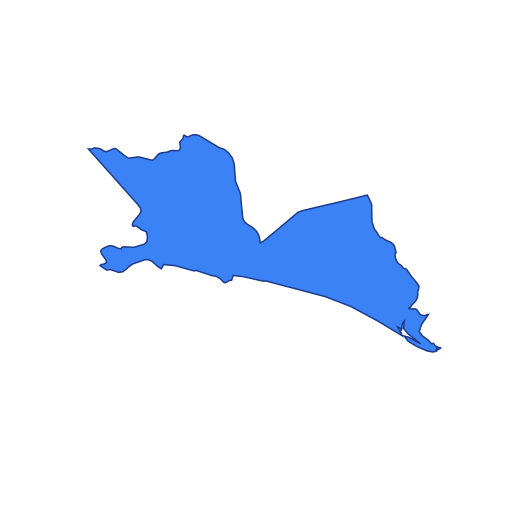 outline of Limón, rotated 139°
{"feature_id": "CRI-1329", "entity_name": "Limón", "entity_type": "Province", "adm_level": 1, "iso_a3": "CRI", "parent_name": "Costa Rica", "parent_adm1": "", "projection": "robinson", "projection_center": [-83.398, 10.004], "detail": "fine", "context": "isolated", "style": "filled", "palette": "blue", "viewbox_px": 512, "rotation_deg": 139, "n_neighbors": 0, "source": "natural_earth", "source_scale": "10m", "svg_char_len": 3749}
<svg xmlns="http://www.w3.org/2000/svg" viewBox="0 0 512 512"><g transform="rotate(139 256 256)"><path d="M351.8,350.6L350.0,349.9L342.5,342.7L332.1,338.0L328.8,338.5L325.5,341.6L323.4,344.9L323.1,346.8L325.3,351.1L326.5,356.7L327.3,357.9L328.5,358.3L329.3,358.9L329.0,360.6L326.3,362.3L316.7,363.8L313.4,365.1L311.9,367.9L311.4,371.9L311.6,388.8L311.9,413.3L312.3,446.7L312.2,446.6L310.5,445.1L309.9,444.6L307.0,443.6L304.0,440.2L303.1,438.7L301.9,435.1L301.0,433.4L300.2,432.9L299.1,432.3L292.9,430.4L292.4,430.0L291.9,429.5L291.3,428.5L291.1,427.7L289.1,416.7L288.5,414.7L288.1,413.8L287.8,413.4L287.5,413.1L287.1,412.8L280.7,408.7L280.0,408.1L278.7,406.7L271.6,396.4L270.9,396.2L269.7,396.0L265.8,396.4L263.3,396.9L262.7,396.9L261.8,396.7L260.5,396.3L257.7,394.6L256.0,393.3L255.1,392.8L251.8,391.6L250.9,391.1L250.4,390.8L250.0,390.6L246.7,387.4L245.9,386.8L245.1,386.3L244.5,386.3L243.7,386.4L242.4,387.2L241.7,387.7L241.3,388.2L239.2,391.5L238.9,391.9L238.1,392.1L234.7,392.5L233.7,392.8L233.1,393.1L232.4,393.9L232.1,394.2L231.7,394.4L231.3,394.5L230.9,394.3L230.4,392.7L230.3,392.0L230.2,391.5L229.5,390.9L228.9,390.5L224.2,388.9L222.0,387.2L221.4,386.5L219.9,384.1L213.9,365.7L213.3,363.5L212.1,360.8L211.7,360.2L211.2,359.5L210.8,358.9L209.7,356.2L209.4,353.6L209.0,351.7L209.6,345.5L212.1,339.7L222.5,325.7L226.5,314.1L228.0,311.6L233.4,304.2L241.0,293.4L242.2,289.9L241.8,286.2L239.7,279.0L239.4,274.5L240.0,270.9L241.4,267.5L243.7,263.9L244.1,263.1L240.5,262.3L221.5,261.8L195.6,261.5L190.9,259.6L173.3,250.4L162.4,244.6L154.5,240.5L132.0,229.0L134.5,219.9L135.7,218.0L137.3,216.2L145.7,206.1L146.3,205.1L148.5,199.8L149.0,198.3L149.2,197.2L149.1,196.7L149.3,194.2L149.9,191.3L150.0,189.8L150.0,188.8L149.8,188.3L149.2,187.6L148.7,186.7L148.4,185.7L147.9,183.5L145.5,178.5L145.2,177.7L144.8,174.7L144.9,173.5L145.1,172.6L145.7,171.2L146.2,170.3L147.7,167.2L148.0,166.7L148.4,166.5L148.9,166.5L149.4,166.3L149.8,166.1L150.2,165.8L150.9,164.9L152.5,162.2L153.5,157.9L153.5,156.9L153.4,156.3L152.7,154.3L152.6,153.7L152.6,153.0L152.7,151.3L152.8,150.6L152.7,150.0L152.5,149.6L152.2,149.1L151.6,148.4L151.4,147.9L151.2,147.5L151.2,146.3L152.2,137.5L152.1,135.6L152.3,129.3L152.6,127.5L152.9,126.3L153.2,125.9L153.8,125.3L155.4,124.1L157.1,123.1L157.8,122.5L159.6,120.3L162.6,118.1L164.5,117.4L165.6,117.2L170.8,116.7L172.7,116.1L173.4,116.1L174.0,116.2L174.9,116.5L175.0,116.3L175.0,116.0L174.6,115.3L174.2,114.7L173.5,114.1L172.0,113.0L171.3,112.4L170.7,111.7L170.1,110.9L170.0,110.2L169.9,109.2L170.4,105.1L170.4,104.4L170.3,103.7L169.8,102.7L169.1,101.8L168.2,100.8L167.8,100.5L167.4,100.2L166.8,99.9L164.8,99.3L164.2,98.8L176.0,95.7L182.3,92.0L182.8,86.5L181.2,79.2L181.1,74.7L179.3,73.6L179.8,70.9L179.5,69.7L179.1,69.5L177.7,65.9L176.3,65.5L178.0,65.3L179.0,65.8L179.6,65.7L180.5,66.2L180.5,66.6L180.1,67.0L180.1,67.7L180.8,67.6L181.8,66.6L181.9,65.8L182.7,66.0L185.7,67.7L189.3,72.4L193.9,81.9L197.1,91.9L196.7,98.4L194.1,94.7L189.4,81.7L192.4,98.0L192.1,104.6L186.9,109.6L189.6,109.0L191.5,107.6L193.2,105.8L195.6,104.1L194.8,105.2L194.6,106.4L194.9,107.9L195.6,109.6L196.3,107.2L197.0,102.5L198.0,99.9L206.7,126.9L217.6,155.8L230.5,180.1L264.8,230.5L267.5,232.8L279.0,248.6L286.1,256.4L290.3,253.7L292.0,254.9L296.7,255.9L297.7,257.4L297.8,261.2L298.4,264.4L299.7,267.2L302.0,270.0L310.4,283.9L313.1,286.1L323.4,301.8L331.3,310.1L335.8,308.5L336.9,311.7L337.9,320.0L339.5,323.7L342.3,326.1L354.4,330.9L358.6,331.3L362.9,331.2L366.8,331.5L370.3,333.6L374.8,341.3L377.8,343.3L378.0,343.5L380.0,351.1L378.6,351.2L375.8,349.6L373.1,349.1L371.8,351.3L371.1,359.1L369.9,361.7L367.5,362.2L364.2,361.5L361.0,360.4L359.3,359.5L357.3,357.1L355.0,352.2L353.2,349.8L351.8,350.6Z" fill="#3b82f6" stroke="#1e3a8a" stroke-width="1.5"/></g></svg>